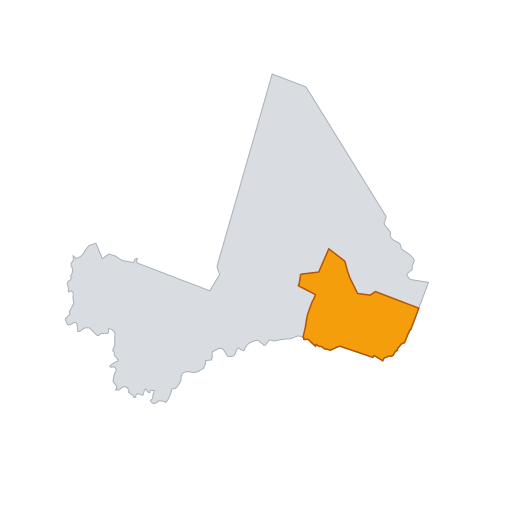 where Gao sits in Mali, rotated 21°
{"feature_id": "MLI-2690", "entity_name": "Gao", "entity_type": "Region", "adm_level": 1, "iso_a3": "MLI", "parent_name": "Mali", "parent_adm1": "", "projection": "robinson", "projection_center": [1.906, 16.933], "detail": "fine", "context": "in_parent", "style": "filled", "palette": "amber", "viewbox_px": 512, "rotation_deg": 21, "n_neighbors": 0, "source": "natural_earth", "source_scale": "10m", "svg_char_len": 5564}
<svg xmlns="http://www.w3.org/2000/svg" viewBox="0 0 512 512"><g transform="rotate(21 256 256)"><path d="M102.9,378.2L103.0,376.4L101.7,375.2L101.7,374.6L102.5,369.4L102.4,368.1L103.0,365.5L102.1,364.3L101.9,363.5L99.8,360.1L99.2,357.3L98.1,355.4L95.5,354.8L94.6,356.4L94.0,356.7L93.0,355.5L92.7,354.5L92.7,353.6L89.5,349.1L89.7,346.8L91.0,345.5L91.5,343.4L90.3,341.1L90.5,338.8L90.4,335.6L88.5,332.8L87.2,331.6L86.1,329.6L87.0,325.1L85.2,321.3L88.8,322.8L90.5,321.4L92.2,319.5L93.7,316.9L94.3,313.7L94.7,311.0L96.2,306.7L98.0,304.7L101.6,301.7L102.6,302.0L108.4,308.3L111.7,311.5L112.8,313.2L113.9,313.2L115.7,310.1L117.4,307.5L118.2,306.8L124.1,306.4L127.1,307.0L129.9,307.7L133.8,308.0L144.0,306.0L144.2,304.7L144.1,303.2L144.5,302.1L145.4,301.0L146.1,300.8L146.4,304.4L147.2,304.9L149.6,305.1L225.4,305.1L228.7,286.4L223.3,279.7L205.9,80.3L241.9,80.3L248.1,84.8L363.2,172.4L363.8,175.2L363.6,179.1L364.5,180.3L366.2,181.6L372.7,185.3L373.3,186.1L373.5,187.6L374.3,189.5L375.7,190.6L377.3,191.5L379.3,192.0L385.2,192.6L386.5,193.5L389.1,197.0L390.5,197.7L398.5,199.5L401.1,200.5L403.9,202.0L405.4,203.5L405.4,208.9L406.5,212.4L406.5,213.3L405.2,214.8L404.9,215.8L403.5,218.6L403.7,219.7L406.5,221.8L407.9,222.4L409.5,222.4L426.5,218.8L426.8,269.6L426.2,270.4L425.8,279.4L424.5,284.7L422.3,288.6L421.0,294.4L420.1,295.6L419.5,298.9L418.3,300.9L416.1,301.6L412.2,305.4L411.8,308.4L402.7,306.7L402.0,306.7L401.6,307.1L401.4,308.7L377.8,309.7L366.3,310.4L359.0,317.2L354.2,317.9L348.3,317.3L345.3,317.3L344.1,317.7L343.8,318.9L334.5,315.4L331.0,316.5L330.4,316.1L329.9,315.4L328.3,315.0L325.6,315.1L323.6,315.7L317.6,321.1L314.4,322.4L308.4,325.6L304.2,328.4L302.7,329.0L300.4,329.1L298.5,329.7L296.7,335.9L295.5,336.5L288.4,334.0L287.0,334.4L285.7,335.1L281.7,338.7L279.8,341.6L278.7,345.5L278.8,348.0L278.1,348.8L276.3,349.0L273.0,348.2L272.0,348.5L271.5,350.5L271.6,354.6L270.8,357.5L268.8,358.4L267.3,359.5L266.1,359.8L265.1,359.5L259.4,355.3L257.5,354.6L255.3,355.1L253.2,356.9L249.5,361.3L249.9,362.9L250.9,364.7L251.6,367.0L251.6,369.0L246.3,371.9L247.5,374.0L247.3,379.8L244.9,382.4L244.0,384.1L241.7,386.0L239.6,387.0L233.2,388.6L230.6,390.4L229.4,391.9L229.1,393.5L229.3,395.3L230.6,399.1L230.1,402.6L229.1,406.6L228.1,408.4L225.1,410.4L225.5,413.1L225.7,416.9L225.2,421.7L224.3,425.0L223.6,424.7L220.7,424.9L217.6,425.9L216.5,426.7L216.3,427.8L213.6,430.5L211.9,430.3L210.2,429.6L209.4,428.9L209.3,428.5L210.4,426.4L210.4,425.6L209.4,421.9L209.6,421.0L209.2,418.1L205.6,419.2L205.4,419.8L205.9,421.6L205.6,421.9L204.4,421.8L202.7,421.2L200.8,419.6L200.3,420.1L200.1,421.4L200.0,423.0L200.4,425.8L199.9,426.8L197.0,426.7L194.6,427.0L194.0,428.0L193.7,429.2L194.3,430.4L194.2,430.9L193.2,431.7L192.7,431.7L191.3,430.3L186.0,429.0L185.5,427.1L184.9,427.0L183.2,424.7L182.5,424.8L181.9,425.1L179.8,425.0L178.0,427.0L176.6,429.5L175.1,430.7L172.9,431.3L173.3,429.7L172.6,427.5L168.0,424.8L167.2,423.6L166.1,417.4L166.2,415.5L166.5,413.9L166.4,412.6L165.9,411.7L164.5,410.7L163.0,410.3L161.2,411.5L160.3,411.8L159.5,411.7L159.0,411.2L159.1,410.6L161.2,407.3L162.1,405.9L164.1,404.2L164.7,403.4L164.7,402.8L164.5,402.3L163.2,401.7L161.2,400.1L160.1,400.0L159.2,399.3L158.3,396.8L157.8,396.4L156.9,396.1L156.0,395.5L156.1,389.6L154.2,385.2L152.5,379.6L151.6,378.3L150.0,377.1L148.0,376.4L146.3,376.2L144.3,376.8L144.3,377.3L145.4,379.1L145.6,380.1L145.4,381.1L145.0,381.7L142.3,382.4L138.7,384.4L137.5,386.8L136.7,387.1L135.3,386.8L126.0,382.8L122.0,384.5L119.4,388.0L118.7,389.2L117.5,390.2L116.8,390.2L116.2,389.5L113.5,384.2L112.3,382.9L110.8,382.9L109.5,383.7L108.2,385.5L106.5,387.2L105.4,387.7L104.5,387.4L100.7,383.8L100.5,383.1L102.3,378.9L102.9,378.2Z" fill="#d9dde1" stroke="#a8b0b8" stroke-width="1"/><path d="M331.1,316.7L330.5,316.7L330.3,316.4L329.9,315.0L329.7,314.9L329.0,314.9L327.8,306.2L327.4,303.9L326.4,299.2L326.0,297.8L325.9,296.8L325.1,292.0L325.0,288.3L324.9,285.2L324.8,278.6L325.3,275.7L325.3,273.7L325.4,271.1L324.7,270.7L323.9,270.6L322.6,270.4L316.5,269.7L307.7,268.8L306.3,268.6L306.0,267.7L306.3,266.5L305.6,263.3L304.3,257.3L305.9,256.1L316.4,250.6L320.3,248.5L321.4,223.2L340.9,229.1L347.0,237.5L351.3,242.6L364.3,254.6L376.6,251.6L380.2,246.4L399.8,246.4L415.5,246.4L426.7,246.4L426.7,248.0L426.7,251.0L426.8,253.9L426.8,256.8L426.8,259.7L426.8,262.7L426.8,265.6L426.8,267.1L426.8,269.6L426.6,269.8L426.4,269.8L426.2,269.9L426.1,270.3L426.0,270.7L426.2,273.1L426.1,273.3L425.8,273.8L425.8,274.0L425.8,275.5L425.8,278.6L425.8,280.7L425.8,283.3L425.7,283.8L425.4,284.1L424.5,284.7L424.0,285.1L423.6,285.5L423.3,286.1L421.5,291.1L421.4,291.8L421.5,292.4L421.7,293.1L421.7,293.4L421.7,293.5L420.5,294.9L420.2,295.4L420.1,295.8L419.9,298.1L419.7,299.1L419.5,299.7L419.4,299.9L418.9,300.6L418.1,301.1L416.5,301.4L415.7,301.9L414.1,303.8L412.3,305.1L412.1,305.7L411.9,308.4L411.5,308.3L411.4,308.3L409.3,307.9L405.4,307.2L402.9,306.7L402.1,306.7L401.8,306.8L401.6,306.9L401.6,307.2L401.5,307.6L401.5,308.5L401.4,308.8L400.4,308.8L398.4,308.9L396.4,309.0L394.4,309.0L392.4,309.1L390.4,309.2L388.4,309.3L386.4,309.3L384.4,309.4L382.4,309.5L380.4,309.6L378.4,309.6L376.4,309.7L374.4,309.8L372.4,309.9L370.4,310.0L368.4,310.0L366.9,310.1L366.2,310.3L365.7,310.7L364.2,312.1L362.6,313.8L361.2,315.2L359.5,317.0L359.0,317.3L358.4,317.4L355.3,317.5L354.7,317.8L354.1,318.0L353.5,318.2L353.2,318.2L350.0,317.0L349.4,317.0L348.0,317.5L347.4,317.7L346.7,317.7L343.9,316.9L343.8,317.1L343.7,317.7L343.9,318.9L338.7,316.9L335.9,315.6L334.5,315.2L333.2,315.5L331.9,316.4L331.1,316.7Z" fill="#f59e0b" stroke="#b45309" stroke-width="1.5"/></g></svg>